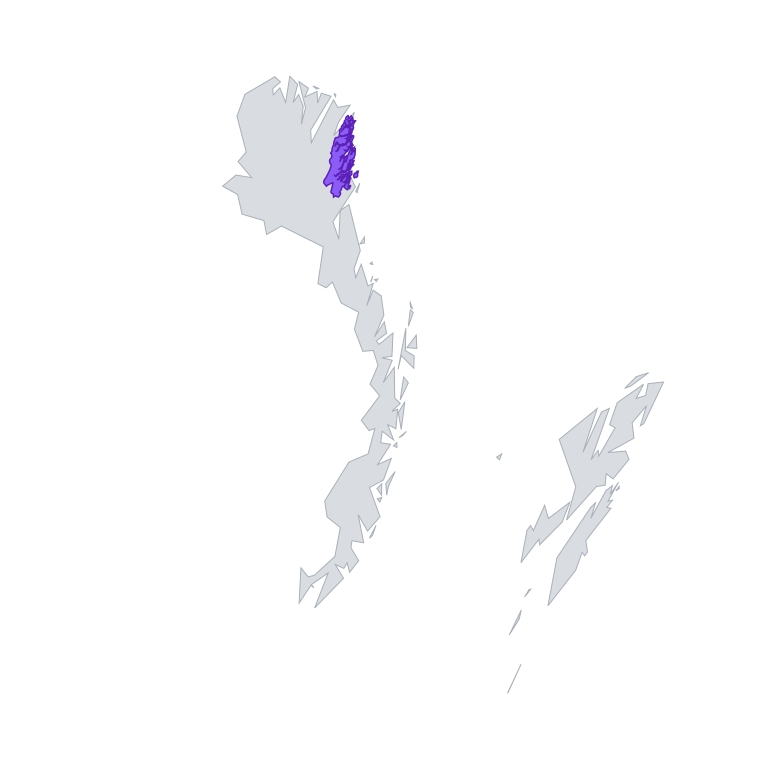 Møre og Romsdal on a map of Norway (Robinson projection), rotated 118°
{"feature_id": "NOR-910", "entity_name": "Møre og Romsdal", "entity_type": "County", "adm_level": 1, "iso_a3": "NOR", "parent_name": "Norway", "parent_adm1": "", "projection": "robinson", "projection_center": [7.305, 62.718], "detail": "fine", "context": "in_parent", "style": "filled", "palette": "violet", "viewbox_px": 768, "rotation_deg": 118, "n_neighbors": 0, "source": "natural_earth", "source_scale": "10m", "svg_char_len": 9877}
<svg xmlns="http://www.w3.org/2000/svg" viewBox="0 0 768 768"><g transform="rotate(118 384 384)"><path d="M453.2,365.2L427.6,371.2L432.2,375.3L426.7,387.0L396.4,382.3L390.7,396.3L370.4,398.0L359.4,409.2L365.1,418.0L349.6,435.8L332.5,440.1L332.6,459.8L318.1,477.4L326.2,480.3L326.4,489.5L291.4,502.0L292.7,548.7L307.1,557.9L296.1,566.7L300.7,589.0L285.4,602.2L285.1,619.4L269.0,612.7L263.9,597.7L256.1,617.3L243.8,614.6L216.5,639.6L193.4,642.7L163.9,624.6L165.9,617.2L175.5,620.9L180.7,617.5L171.4,615.0L181.6,603.0L156.5,611.6L160.0,600.9L178.0,596.4L168.5,595.2L176.6,585.8L193.3,578.9L176.9,583.0L156.9,601.0L158.3,589.5L167.7,588.6L157.1,580.5L167.1,574.5L156.7,575.8L154.8,565.8L194.2,567.9L205.1,561.5L156.8,562.0L161.4,554.6L153.7,544.8L174.5,547.1L188.3,545.0L157.9,537.8L214.4,523.5L188.5,523.8L204.4,514.4L224.4,520.7L215.5,512.8L223.4,501.8L264.7,505.3L277.5,491.8L251.4,504.1L242.0,499.2L277.3,467.6L296.2,464.6L303.5,458.9L289.0,460.3L304.9,444.2L300.2,440.7L322.9,436.0L306.2,437.6L307.4,427.9L323.2,416.5L346.8,414.5L329.0,412.8L338.0,405.6L349.8,411.0L351.3,406.9L334.7,400.0L355.8,390.0L361.9,398.3L359.2,387.9L383.2,385.3L364.4,382.8L391.4,367.9L393.6,360.5L404.5,364.2L399.8,360.0L418.0,352.5L418.2,361.6L428.9,349.2L426.6,363.5L437.4,359.3L434.2,349.9L458.3,351.8L446.2,342.6L469.1,339.4L482.2,348.2L503.1,325.2L521.6,329.5L511.5,345.4L533.8,327.4L537.3,338.7L544.0,336.4L552.0,323.4L566.4,326.0L559.1,332.6L565.7,332.9L566.3,342.3L574.5,328.5L614.4,340.1L577.1,344.6L595.1,353.9L617.2,356.1L585.3,371.1L589.9,360.4L585.6,355.7L559.3,346.4L531.2,355.2L528.1,371.9L515.1,381.4L469.4,378.3L453.2,365.2ZM335.5,132.3L360.3,137.2L358.9,145.7L369.5,141.2L374.8,148.3L418.4,159.0L384.7,166.4L350.7,203.3L305.5,184.2L350.9,176.3L306.6,178.8L299.7,173.6L353.6,165.6L342.1,163.8L347.0,160.5L314.2,159.4L314.0,165.7L291.0,169.3L262.3,154.7L278.4,154.6L271.4,147.6L259.7,151.0L251.0,138.1L296.9,136.0L300.5,138.0L279.9,142.0L301.8,146.7L314.5,137.9L339.4,154.1L329.8,139.1L335.5,132.3ZM387.3,125.3L427.5,132.3L436.8,125.4L441.6,126.2L439.5,130.1L458.4,127.3L502.9,135.1L456.3,149.7L396.4,143.6L389.1,141.5L405.6,138.3L374.0,138.0L366.4,134.6L375.2,132.5L360.7,130.8L382.4,131.2L379.3,127.7L388.3,129.4L387.3,125.3ZM422.4,161.9L453.0,171.1L448.3,174.3L477.5,179.2L446.2,189.0L440.1,188.2L443.3,183.3L415.7,185.2L425.5,175.7L401.2,164.4L422.4,161.9ZM350.8,382.1L364.6,378.4L324.4,390.9L344.5,380.8L345.0,370.6L356.1,365.1L350.8,382.1ZM371.5,363.1L390.5,362.2L368.6,370.0L371.5,363.1ZM389.8,357.3L416.1,347.4L402.6,357.9L389.8,357.3ZM249.8,155.6L270.0,165.2L274.8,169.4L259.0,164.7L249.8,155.6ZM337.2,371.7L341.1,380.8L325.7,378.5L337.2,371.7ZM480.8,329.5L471.0,335.7L456.1,333.1L472.8,331.9L480.8,329.5ZM483.3,334.0L479.6,341.2L473.1,339.2L483.3,334.0ZM307.2,391.7L321.8,389.6L306.1,395.6L307.2,391.7ZM598.1,129.9L567.1,131.4L599.0,129.6L598.1,129.9ZM528.0,154.3L546.8,155.6L519.0,156.7L528.0,154.3ZM512.6,324.7L523.2,323.1L527.0,324.5L512.6,324.7ZM490.2,332.2L488.6,336.0L485.2,332.7L490.2,332.2ZM433.9,342.7L434.2,346.6L429.8,345.2L433.9,342.7ZM396.7,246.5L395.7,250.2L390.4,247.2L396.7,246.5ZM506.1,159.9L497.4,159.4L496.3,158.1L506.1,159.9ZM268.6,467.5L271.6,471.0L263.4,470.2L268.6,467.5ZM415.3,341.9L420.9,343.3L424.3,345.6L415.3,341.9ZM365.8,127.3L369.6,129.1L364.0,128.4L365.8,127.3ZM227.3,499.3L217.9,499.7L227.7,497.6L227.3,499.3ZM213.9,505.1L210.4,508.1L208.8,506.5L213.9,505.1ZM303.8,396.5L299.0,399.8L304.1,394.3L303.8,396.5ZM155.3,582.0L154.2,586.7L153.6,580.5L155.3,582.0ZM296.4,441.4L294.2,438.7L297.1,438.9L296.4,441.4ZM596.8,350.1L596.2,353.4L595.7,352.8L596.8,350.1ZM299.1,444.0L293.8,444.6L300.2,443.3L299.1,444.0ZM283.8,450.1L284.4,452.8L281.9,451.9L283.8,450.1ZM153.1,561.7L150.8,564.7L151.3,562.3L153.1,561.7Z" fill="#d9dde1" stroke="#a8b0b8" stroke-width="1"/><path d="M163.9,541.6L164.6,541.1L165.4,539.8L166.5,540.1L165.9,539.5L163.2,539.1L162.6,538.7L163.2,537.4L163.9,537.0L167.1,537.7L167.4,537.9L167.8,538.8L169.5,539.6L167.9,538.2L167.9,537.5L170.2,537.3L171.6,536.7L172.5,537.0L172.9,537.7L172.8,538.8L172.5,539.4L171.5,540.5L171.3,541.3L173.1,539.6L173.4,538.3L175.1,539.3L175.4,539.6L175.3,540.1L176.7,539.7L178.3,539.8L181.3,540.3L176.0,539.1L174.0,537.2L172.8,536.6L173.2,536.1L174.7,536.6L175.6,536.7L174.2,536.3L173.3,535.7L173.9,534.8L174.9,534.2L180.3,532.5L181.9,534.8L183.1,535.6L184.9,537.5L185.0,538.3L184.5,539.1L185.7,538.4L185.5,537.8L183.8,535.5L182.3,534.0L181.8,532.7L182.0,532.1L183.9,531.8L185.2,532.9L185.1,531.8L184.8,531.5L187.6,530.6L191.2,531.4L191.1,532.9L193.1,534.7L193.5,535.5L193.6,536.9L192.3,538.7L193.3,539.6L196.2,538.9L197.1,539.2L196.4,538.5L194.1,539.3L193.1,539.0L193.0,538.6L194.2,537.2L194.0,535.3L194.2,535.0L195.7,534.8L197.5,535.5L198.9,534.8L199.4,534.8L201.4,536.0L200.6,535.0L199.1,534.3L196.6,534.6L193.9,534.2L192.7,533.7L191.9,532.6L193.0,532.4L190.7,530.4L188.9,530.2L189.5,529.8L187.6,529.9L183.6,531.0L182.0,531.2L180.2,530.3L179.0,530.5L178.6,530.3L180.9,530.0L183.1,529.3L187.3,529.5L186.1,528.8L183.5,529.0L185.2,528.6L184.6,528.4L179.4,528.6L179.6,527.9L179.2,527.4L180.0,526.8L184.7,526.4L185.6,526.8L186.1,527.8L186.3,526.3L186.8,526.6L188.9,525.5L191.3,526.8L191.6,527.4L191.9,527.4L191.8,526.8L192.1,526.2L191.4,525.7L192.2,525.4L195.3,525.5L194.9,526.1L194.2,526.2L194.5,526.6L195.4,526.5L195.9,528.5L196.4,527.4L196.1,526.8L196.5,526.1L200.5,527.0L201.7,528.1L203.4,528.3L203.9,529.2L204.2,528.9L204.5,528.1L208.4,527.4L207.7,527.2L203.2,527.7L201.6,526.9L201.5,526.0L202.0,525.7L202.6,525.8L203.1,526.3L203.0,527.1L203.4,527.2L203.7,526.5L203.2,525.6L203.5,525.0L205.3,524.3L209.5,523.5L212.9,523.5L215.4,524.5L215.1,523.9L213.8,523.3L213.4,522.8L214.0,522.3L205.8,523.6L202.8,524.7L200.9,524.6L200.4,524.4L201.2,524.0L200.5,523.5L202.5,522.6L206.5,522.0L205.1,521.9L199.5,523.2L193.0,523.7L192.5,523.5L193.0,523.4L193.2,523.0L192.7,522.6L192.8,522.2L193.7,521.5L194.7,521.2L197.6,521.5L196.1,520.6L193.8,520.8L192.7,519.7L192.5,519.2L191.2,519.1L195.0,517.3L198.7,516.5L201.5,518.1L201.9,518.9L203.1,519.1L206.2,517.4L208.4,517.5L207.8,518.3L206.2,518.9L206.7,519.0L209.4,518.1L210.6,517.9L211.4,517.4L212.1,517.4L214.2,518.2L214.7,518.9L214.9,520.1L215.5,521.5L216.2,521.9L218.7,522.4L220.5,523.7L222.4,524.1L222.8,524.6L223.0,525.4L223.4,524.8L223.4,524.2L223.0,523.8L218.9,521.8L217.3,521.4L216.1,520.6L215.8,520.4L215.8,519.5L216.5,519.1L215.9,518.8L215.4,518.1L212.6,516.7L212.2,516.2L211.5,516.3L212.0,516.7L210.2,516.6L211.6,515.7L212.5,514.5L214.2,514.1L215.1,514.8L215.0,515.6L215.6,516.2L217.2,516.6L218.0,517.3L218.8,517.5L219.0,517.9L218.4,518.2L219.0,519.0L218.8,519.8L220.0,519.6L221.9,520.5L222.5,520.7L222.8,520.5L222.5,520.0L220.7,519.4L221.1,519.4L223.5,519.9L224.7,520.8L226.0,521.3L224.4,519.9L221.7,519.2L220.5,517.9L224.8,517.7L225.3,517.4L224.7,517.1L222.9,517.4L222.5,517.1L223.7,516.3L223.1,516.3L221.8,517.0L219.7,517.5L218.6,516.8L221.5,516.3L220.8,516.1L217.1,516.2L216.8,516.0L216.9,515.3L215.7,514.0L216.7,513.5L218.1,514.4L217.9,515.0L218.7,514.6L218.6,514.1L217.0,513.1L222.9,513.5L224.7,514.1L224.4,513.6L223.5,513.2L223.3,512.8L224.1,512.3L228.6,511.8L227.8,512.1L228.6,512.8L228.8,513.4L229.6,513.6L232.2,513.0L235.4,513.3L235.7,513.2L235.7,512.1L236.8,511.6L239.4,511.7L240.4,512.1L240.9,515.5L242.6,516.3L240.1,518.0L240.0,518.4L240.2,519.7L239.5,521.0L230.4,523.4L230.5,524.0L234.9,527.2L236.4,527.7L234.9,531.3L233.5,532.3L231.2,532.5L228.9,532.1L220.5,532.3L215.6,533.2L214.3,535.4L213.1,536.5L212.1,537.0L210.8,537.1L208.9,536.7L207.7,536.8L205.2,538.7L205.4,539.4L205.2,539.5L203.0,539.3L199.8,540.5L196.1,540.9L194.1,541.8L189.7,542.5L188.9,542.0L187.8,540.4L187.2,539.8L182.9,541.1L180.8,542.4L179.5,542.2L178.0,541.6L177.1,541.8L176.7,542.4L176.3,542.4L172.9,541.8L170.5,542.3L169.1,542.1L166.1,542.7L164.0,541.9L163.9,541.6ZM229.0,511.6L224.1,511.8L223.4,510.5L221.5,509.5L226.5,508.5L227.0,508.1L225.7,507.9L225.3,507.4L224.6,507.1L224.7,506.6L225.2,506.3L226.1,506.7L227.4,506.1L228.3,507.0L229.7,507.6L229.8,508.0L229.0,511.6ZM210.9,508.3L212.5,508.3L208.8,507.6L208.5,507.3L208.5,506.8L208.3,506.6L211.0,505.9L212.6,505.0L213.8,505.0L214.4,505.3L214.8,506.2L215.8,506.7L215.9,507.1L215.1,508.1L214.1,508.6L212.1,509.0L212.0,508.7L210.9,508.3ZM205.7,515.5L207.0,516.7L205.4,517.1L203.5,518.2L202.9,518.2L202.4,517.7L201.0,517.3L200.5,516.9L201.8,516.3L201.5,515.9L201.8,515.7L201.2,515.3L202.9,515.1L202.6,515.5L203.6,515.7L204.3,516.3L204.5,515.7L204.2,515.6L205.1,514.9L204.7,513.9L205.8,514.1L205.7,515.5ZM173.8,531.4L174.4,532.6L175.9,533.3L175.1,533.4L171.9,535.4L170.7,535.7L171.5,534.8L171.1,534.6L171.3,534.0L170.6,532.7L170.8,532.2L171.7,531.4L172.8,531.1L173.8,531.4ZM169.3,534.8L170.5,534.9L170.6,535.1L170.2,535.5L170.5,536.0L170.3,536.4L168.6,537.0L165.6,537.0L164.8,536.1L166.8,536.1L165.1,535.7L165.9,535.3L165.6,535.0L166.0,534.5L168.5,534.3L169.3,534.8ZM220.6,509.7L223.4,511.9L223.3,512.4L219.6,512.7L217.5,511.0L217.7,510.2L218.0,509.9L218.7,510.4L219.2,510.2L220.0,511.2L220.3,510.9L220.1,510.1L220.6,509.7ZM214.7,510.9L215.5,511.6L216.1,512.9L212.9,513.4L212.1,513.3L211.2,512.4L214.0,510.8L214.7,510.9ZM190.7,523.2L191.7,523.5L192.0,523.9L191.9,524.4L187.3,525.4L187.1,524.9L186.8,524.9L187.4,524.4L187.3,523.9L187.5,523.6L187.9,523.4L188.6,523.8L190.7,523.2ZM208.3,514.8L210.4,514.4L210.9,514.8L210.1,515.7L208.5,516.3L206.5,515.5L207.3,514.5L208.3,514.8ZM179.4,531.2L180.5,531.2L180.7,531.5L177.5,531.9L176.1,531.7L174.8,530.9L178.2,530.7L179.4,531.2ZM190.3,520.8L192.1,520.4L192.4,520.8L192.4,521.2L191.2,521.6L191.7,522.1L191.4,522.4L189.2,521.4L189.8,521.3L189.3,520.8L189.5,520.4L190.3,520.8ZM217.0,511.3L218.7,512.6L216.5,512.8L215.7,511.5L216.1,511.2L217.0,511.3ZM167.4,533.8L166.8,533.6L168.2,533.1L168.3,532.8L169.4,532.8L169.2,533.6L168.0,533.6L167.4,533.8ZM166.6,533.3L165.2,533.4L165.0,532.7L166.4,532.8L166.6,532.9L166.6,533.3Z" fill="#8b5cf6" stroke="#5b21b6" stroke-width="1.5"/></g></svg>